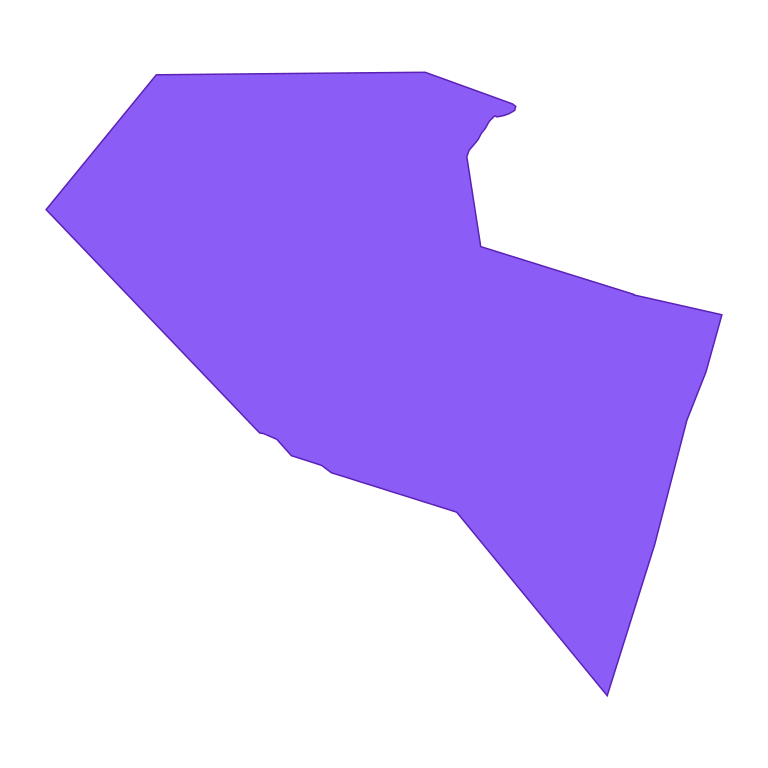 San Martín Lachilá, Oaxaca, Mexico
{"feature_id": "50627088B22717213197696", "entity_name": "San Martín Lachilá", "entity_type": "district", "adm_level": 2, "iso_a3": "MEX", "parent_name": "Mexico", "parent_adm1": "Oaxaca", "projection": "robinson", "projection_center": [-96.852, 16.612], "detail": "fine", "context": "isolated", "style": "filled", "palette": "violet", "viewbox_px": 768, "rotation_deg": 0, "n_neighbors": 0, "source": "geoboundaries", "source_scale": "gbopen_adm2", "svg_char_len": 893}
<svg xmlns="http://www.w3.org/2000/svg" viewBox="0 0 768 768"><path d="M607.2,695.7L654.6,544.9L686.9,420.2L706.0,371.9L721.9,314.8L633.7,294.9L633.8,294.4L546.3,267.1L523.3,259.9L506.3,254.6L480.7,246.6L480.3,243.7L477.0,222.5L475.7,214.1L474.4,205.7L471.9,189.5L471.1,184.5L469.5,173.9L467.6,161.8L466.8,156.7L469.2,150.1L474.1,144.5L478.0,139.7L481.4,133.3L485.3,128.4L489.2,121.4L494.6,115.9L497.1,116.9L504.1,115.5L509.0,113.7L514.7,110.4L515.7,106.4L512.7,104.0L425.5,72.4L425.1,72.3L410.2,72.4L290.0,73.5L156.3,74.8L89.4,156.7L46.1,209.6L253.7,426.8L259.6,432.9L263.5,433.6L276.8,439.3L281.6,444.7L291.4,455.7L310.5,461.8L321.6,465.4L331.3,472.7L339.8,475.4L342.9,476.3L349.6,478.4L361.0,482.1L370.8,485.1L379.6,487.9L394.1,492.5L405.1,495.9L406.0,496.2L427.9,503.1L445.1,508.5L456.7,512.2L458.6,514.5L465.4,522.8L607.2,695.7Z" fill="#8b5cf6" stroke="#5b21b6" stroke-width="1.5"/></svg>